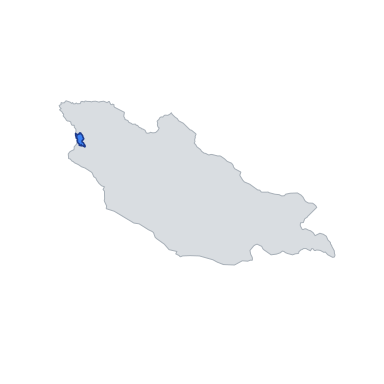 location of Bulgan, Bayan-Ölgiy, Mongolia, rotated 24°
{"feature_id": "93677404B54665990627190", "entity_name": "Bulgan", "entity_type": "district", "adm_level": 2, "iso_a3": "MNG", "parent_name": "Mongolia", "parent_adm1": "Bayan-Ölgiy", "projection": "robinson", "projection_center": [90.814, 47.037], "detail": "fine", "context": "in_parent", "style": "filled", "palette": "blue", "viewbox_px": 384, "rotation_deg": 24, "n_neighbors": 0, "source": "geoboundaries", "source_scale": "gbopen_adm2", "svg_char_len": 5314}
<svg xmlns="http://www.w3.org/2000/svg" viewBox="0 0 384 384"><g transform="rotate(24 192 192)"><path d="M36.2,163.5L37.4,163.4L39.2,162.3L39.4,160.8L39.9,159.9L44.1,159.5L46.0,160.0L46.4,159.0L46.7,158.9L47.7,159.7L48.7,159.3L49.4,159.0L50.0,157.8L51.5,158.0L53.9,156.7L53.9,154.5L54.8,153.9L57.0,153.5L57.3,152.5L57.8,152.2L59.4,151.9L62.2,150.7L63.5,150.6L64.5,149.6L67.0,148.3L70.7,147.7L71.0,147.1L74.4,145.0L78.1,144.9L79.1,143.2L79.6,143.0L82.2,145.1L83.3,144.8L83.7,144.0L85.2,144.0L85.9,145.5L86.8,146.1L97.7,146.7L98.0,147.2L98.8,150.6L100.8,152.2L101.3,153.0L104.3,152.8L106.1,154.1L108.7,154.0L110.0,154.4L112.5,153.1L113.1,153.1L113.9,153.8L115.1,153.3L117.6,154.5L119.4,154.3L120.3,154.8L121.3,154.4L124.0,154.7L126.2,156.6L127.6,156.4L129.3,155.2L129.7,154.4L132.2,153.9L133.6,153.1L134.6,152.4L135.8,149.7L136.0,146.9L134.7,146.5L133.6,145.6L132.8,144.1L132.7,143.1L131.4,141.6L131.5,140.8L132.2,139.4L132.4,137.2L133.2,136.0L134.9,135.4L135.0,134.5L136.0,132.8L138.7,131.8L140.1,130.0L140.9,128.1L142.3,129.1L145.8,130.4L148.8,131.0L150.8,132.4L156.0,132.7L164.8,136.0L166.5,135.8L171.7,137.2L172.2,137.6L172.3,140.1L172.8,140.8L173.2,143.4L174.2,144.7L174.1,146.3L174.5,146.8L175.8,147.0L178.0,148.7L182.6,149.8L184.1,150.9L187.2,151.6L188.8,151.2L191.5,151.4L192.4,151.3L194.0,150.0L195.0,149.6L200.9,148.6L202.5,147.8L203.6,147.6L208.3,148.5L211.7,149.7L216.4,149.6L218.7,150.9L219.8,152.3L221.7,153.4L228.3,153.9L228.6,154.2L228.8,157.0L229.1,157.5L233.6,160.6L235.7,161.5L241.6,161.4L251.0,163.4L253.2,162.8L255.2,163.8L256.0,163.7L261.7,161.1L262.6,161.3L268.7,160.3L272.6,159.0L275.6,159.1L277.8,157.9L278.6,155.8L282.2,153.2L288.7,150.0L293.0,150.5L295.6,151.6L298.5,153.9L300.1,154.5L302.9,154.7L306.7,153.2L308.8,153.6L310.8,154.3L312.2,155.4L307.5,167.4L307.5,168.1L305.9,170.6L306.1,174.6L303.7,176.0L304.3,178.2L305.0,179.1L308.0,181.4L308.9,181.1L309.6,180.1L311.0,179.3L313.8,179.5L316.1,179.2L319.2,179.9L322.2,181.8L325.6,177.7L329.2,177.2L332.7,177.8L335.6,180.5L338.9,181.8L339.9,183.3L341.3,184.0L341.7,184.7L345.9,187.9L347.0,190.0L348.3,191.5L348.5,193.0L348.3,193.7L346.9,194.5L341.5,194.1L338.2,192.6L337.1,193.5L333.0,193.2L330.8,193.8L329.3,194.4L328.5,195.3L327.8,195.6L327.2,195.5L325.8,194.7L324.8,194.8L324.5,194.9L324.1,197.5L320.7,197.5L319.4,197.2L316.7,198.4L316.4,199.3L315.0,200.7L313.9,203.2L314.3,204.4L314.0,205.0L311.6,206.4L309.4,208.5L304.4,209.3L302.0,209.4L300.2,208.9L298.5,209.3L297.4,211.6L294.4,214.4L289.8,217.2L280.9,215.5L279.8,215.0L277.8,213.3L272.7,213.2L271.4,214.4L270.3,216.1L268.7,221.8L270.9,225.0L273.5,227.1L274.5,228.6L274.7,229.9L273.1,230.5L271.1,232.5L265.9,234.4L260.5,241.4L250.2,245.5L243.7,245.8L238.6,245.4L224.7,247.4L215.9,251.0L209.4,254.2L208.0,255.7L207.3,255.9L206.1,255.3L202.4,255.1L202.3,252.5L194.5,254.0L187.9,250.9L178.6,249.0L176.7,248.3L173.4,244.8L171.8,244.3L167.7,244.2L156.6,242.6L151.5,244.0L128.8,241.2L120.6,242.1L120.3,241.8L119.7,239.5L115.8,236.1L115.2,235.2L115.0,233.9L111.7,226.9L109.7,225.8L109.9,222.9L106.9,223.1L103.6,222.0L100.1,219.9L98.5,218.4L96.1,218.0L93.1,215.2L91.7,214.7L84.5,213.6L80.9,213.9L77.0,213.2L72.6,213.1L71.2,212.5L69.9,212.6L67.4,211.4L65.7,211.6L63.5,207.6L64.0,205.1L64.9,203.7L66.9,201.4L66.8,200.6L66.0,198.6L67.1,195.0L66.7,192.8L65.6,190.3L64.1,189.7L61.9,186.3L61.3,183.6L60.3,181.8L58.1,180.7L57.4,179.1L56.8,179.0L56.3,179.5L55.0,179.7L53.7,178.7L52.9,177.5L52.1,177.2L50.7,177.3L49.4,177.8L48.0,177.5L46.7,176.5L43.4,174.9L43.3,173.7L42.9,172.9L41.9,172.7L40.9,171.8L37.7,170.8L37.7,170.3L38.5,169.0L36.3,168.0L35.5,166.9L36.8,165.4L36.3,164.5L36.2,163.5Z" fill="#d9dde1" stroke="#a8b0b8" stroke-width="1"/><path d="M71.0,186.9L70.9,186.8L70.2,186.4L69.7,186.0L69.7,185.7L69.4,185.3L68.9,184.9L68.6,184.7L68.3,184.6L67.9,184.3L67.2,184.2L66.9,184.1L66.9,183.8L66.7,183.6L66.3,183.4L65.5,183.6L65.3,183.9L65.2,184.2L65.1,184.5L65.3,185.1L64.8,185.5L64.4,185.8L64.3,186.0L64.2,186.3L64.0,186.2L63.9,186.2L63.7,186.2L63.4,186.2L63.2,186.1L62.9,186.1L62.6,186.1L62.4,186.0L62.2,185.9L61.9,185.9L61.9,186.0L62.0,186.0L62.2,186.3L62.3,186.5L62.3,186.8L62.5,186.9L62.5,187.0L62.6,187.3L62.8,187.3L62.8,187.5L63.0,187.7L63.0,187.8L63.2,188.0L63.3,188.1L63.5,188.1L63.4,188.2L63.5,188.3L63.4,188.3L63.5,188.4L63.5,188.5L63.8,188.7L63.8,188.8L63.9,189.0L64.0,189.0L64.1,189.3L64.3,189.4L64.4,189.5L64.5,189.6L64.5,189.8L64.8,189.8L65.1,189.7L65.1,189.8L65.3,189.9L65.4,190.0L65.5,190.0L65.8,190.2L65.9,190.3L66.0,190.4L66.0,190.5L66.0,190.8L66.1,191.0L66.3,191.1L66.4,191.3L66.4,191.5L66.2,191.7L66.2,191.8L66.3,191.9L66.3,192.0L66.5,192.1L66.7,192.3L66.8,192.5L66.7,192.5L66.8,192.5L67.0,192.6L67.0,192.8L67.2,193.0L67.3,193.0L67.7,193.3L68.0,193.5L68.3,193.7L68.6,193.8L68.8,193.9L69.5,193.9L69.5,194.0L69.7,194.4L69.8,194.5L70.0,194.5L69.9,194.6L69.9,194.8L69.9,195.0L70.6,195.1L70.8,195.1L71.0,195.1L71.3,195.0L71.6,194.7L71.8,194.0L72.2,194.4L72.3,194.5L72.6,194.7L73.0,194.4L73.6,194.2L74.3,194.3L74.6,194.3L75.3,194.4L75.7,194.4L75.8,193.5L75.7,193.4L75.3,193.2L75.1,192.9L74.6,192.8L74.6,192.6L74.5,192.4L74.1,192.3L73.5,191.9L73.1,191.4L72.6,191.2L71.8,191.1L71.4,191.1L71.2,190.8L70.8,190.4L70.9,190.2L70.8,189.6L71.0,189.4L70.9,189.1L71.3,188.6L71.4,188.2L71.4,187.9L71.5,187.5L71.1,187.3L71.0,186.9Z" fill="#3b82f6" stroke="#1e3a8a" stroke-width="1.5"/></g></svg>